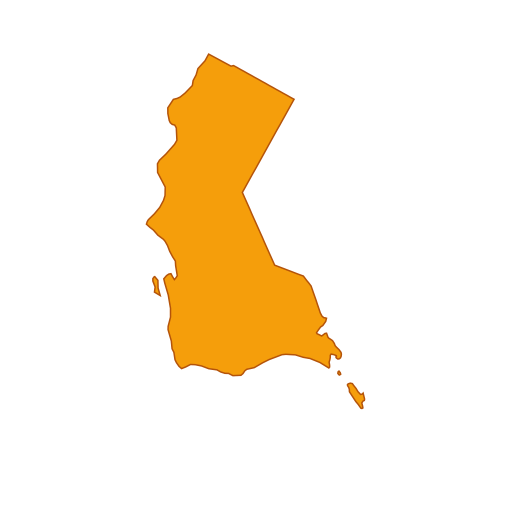 SVG path tracing the border of Oman, rotated 140°
{"feature_id": "OMN", "entity_name": "Oman", "entity_type": "country or territory", "adm_level": 0, "iso_a3": "OMN", "parent_name": "Asia", "parent_adm1": "", "projection": "robinson", "projection_center": [56.004, 21.502], "detail": "fine", "context": "isolated", "style": "filled", "palette": "amber", "viewbox_px": 512, "rotation_deg": 140, "n_neighbors": 0, "source": "natural_earth", "source_scale": "50m", "svg_char_len": 3065}
<svg xmlns="http://www.w3.org/2000/svg" viewBox="0 0 512 512"><g transform="rotate(140 256 256)"><path d="M162.5,441.1L160.5,436.1L158.5,431.1L156.5,426.0L154.5,421.0L153.1,417.5L150.8,416.3L149.3,412.5L147.9,408.7L146.4,404.9L145.0,401.1L143.5,397.3L142.1,393.5L140.6,389.7L139.2,385.9L137.7,382.1L136.3,378.2L134.8,374.4L133.4,370.6L131.9,366.8L130.5,363.0L129.0,359.2L127.6,355.4L126.1,351.6L130.8,349.8L136.5,347.6L142.2,345.4L148.0,343.2L153.7,341.0L159.4,338.9L165.1,336.7L170.8,334.5L176.5,332.3L182.2,330.1L187.9,327.9L193.6,325.7L199.3,323.5L205.0,321.4L210.7,319.2L216.4,317.0L222.1,314.8L225.6,313.5L227.1,308.4L228.3,304.1L229.5,299.9L230.7,295.7L232.0,291.5L233.2,287.3L234.4,283.0L235.6,278.8L236.8,274.6L238.0,270.4L239.2,266.1L240.5,261.9L241.7,257.7L242.9,253.5L244.1,249.3L245.3,245.0L246.5,240.8L247.6,237.0L245.5,233.2L242.7,228.2L239.8,223.0L237.1,218.1L235.1,214.5L232.6,210.2L232.9,204.6L232.9,201.8L233.1,197.6L235.4,191.6L238.2,184.1L240.2,179.1L241.9,174.7L243.3,171.2L244.1,167.6L243.7,165.1L242.8,164.2L242.0,163.0L244.6,161.1L249.5,159.8L252.2,160.1L256.0,159.2L259.0,158.3L259.2,157.2L258.3,155.3L257.1,152.5L252.9,152.3L251.6,151.5L253.1,147.4L253.0,146.1L252.5,144.6L251.8,142.0L252.2,138.7L253.0,136.5L253.0,134.7L252.6,130.9L252.8,127.6L253.6,126.0L255.2,124.5L256.7,123.7L258.2,123.7L259.5,124.4L260.0,126.1L259.7,127.3L258.8,127.5L258.5,128.0L259.7,130.3L261.5,132.6L262.9,132.2L264.5,130.4L266.2,129.0L268.2,127.7L269.7,125.2L271.0,123.6L272.2,123.4L275.5,133.4L280.5,142.8L284.9,148.0L289.4,155.0L296.3,161.5L299.5,163.7L312.4,168.2L319.4,169.9L329.1,171.6L335.8,175.1L338.1,175.3L341.6,174.3L344.2,174.3L350.6,179.2L352.5,183.7L355.2,186.1L357.6,189.9L359.1,193.9L364.6,200.0L368.4,206.8L372.4,211.8L375.9,215.0L381.2,216.2L385.4,217.6L385.9,221.0L385.5,225.4L384.7,228.6L380.8,235.0L379.9,238.9L375.5,245.3L370.7,256.1L368.5,258.6L360.8,264.1L355.1,270.9L348.3,282.5L343.2,294.1L341.3,297.8L337.1,298.5L334.4,298.2L332.5,297.1L333.2,294.0L333.7,290.4L331.2,290.8L329.0,291.5L323.8,300.2L321.0,304.0L320.4,308.8L319.1,315.0L317.1,320.8L316.2,325.6L316.2,328.3L317.8,335.0L317.9,341.8L318.8,345.9L319.5,350.8L317.1,352.3L315.0,353.0L306.8,353.6L298.5,355.1L291.2,358.0L286.8,360.8L281.2,367.2L277.7,383.2L272.2,390.0L268.4,391.4L259.4,392.0L246.6,393.9L242.2,395.5L234.7,405.4L234.1,408.5L235.6,410.7L236.0,413.2L235.4,415.5L232.0,421.7L228.3,426.2L218.6,429.1L215.1,427.4L211.8,426.5L205.5,426.4L195.2,427.5L191.4,430.8L185.5,433.2L180.0,436.9L169.6,438.3L162.5,441.1ZM269.2,97.8L268.6,98.7L267.6,98.8L265.5,98.0L264.2,96.3L264.4,94.2L264.5,90.2L265.1,86.6L264.9,82.7L263.3,81.9L262.1,82.1L264.8,76.6L265.9,75.7L266.9,76.1L269.4,75.5L270.8,72.5L271.8,70.9L272.9,71.1L273.5,72.0L273.1,76.5L273.1,80.3L271.7,91.9L270.2,93.9L269.5,95.6L269.2,97.8ZM349.5,305.0L347.4,305.5L346.8,305.3L346.8,300.4L351.6,294.4L354.8,287.3L357.0,293.6L353.2,297.1L351.1,303.1L349.5,305.0ZM268.7,113.6L267.3,114.6L266.4,114.5L266.5,112.4L267.1,111.0L268.5,111.1L268.9,112.0L268.7,113.6Z" fill="#f59e0b" stroke="#b45309" stroke-width="1.5"/></g></svg>